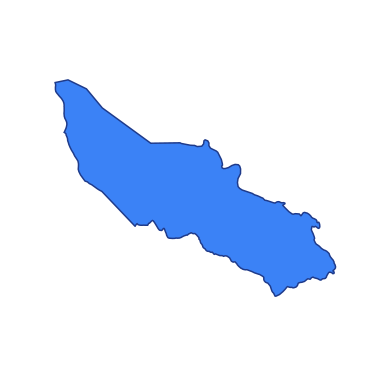 the district of Escap, Micoud, Saint Lucia, rotated 11°
{"feature_id": "8701671B28478396095564", "entity_name": "Escap", "entity_type": "district", "adm_level": 2, "iso_a3": "LCA", "parent_name": "Saint Lucia", "parent_adm1": "Micoud", "projection": "natural_earth1", "projection_center": [-60.899, 13.831], "detail": "fine", "context": "isolated", "style": "filled", "palette": "blue", "viewbox_px": 384, "rotation_deg": 11, "n_neighbors": 0, "source": "geoboundaries", "source_scale": "gbopen_adm2", "svg_char_len": 5831}
<svg xmlns="http://www.w3.org/2000/svg" viewBox="0 0 384 384"><g transform="rotate(11 192 192)"><path d="M142.7,236.4L142.8,235.9L143.5,234.5L143.7,234.0L144.2,233.6L145.4,234.4L147.3,234.5L149.3,234.2L150.7,233.8L152.2,233.6L154.8,233.1L155.4,231.1L156.2,230.7L157.3,229.1L157.6,228.5L158.6,227.5L159.6,227.8L161.3,229.4L164.3,232.7L165.6,234.2L166.8,235.3L167.6,235.7L169.2,235.6L169.6,235.5L170.3,234.6L170.8,233.4L171.4,233.1L172.0,233.5L172.9,235.1L173.2,235.6L174.1,237.0L174.6,237.6L175.4,239.4L177.0,241.3L178.4,241.7L181.8,241.3L183.5,240.9L184.2,240.7L185.1,240.2L186.1,240.2L188.5,239.6L190.3,238.5L190.6,238.1L191.3,237.6L192.1,236.9L192.9,236.4L194.9,235.3L195.3,235.2L195.7,235.2L196.7,233.8L197.7,233.2L198.8,232.2L199.4,232.2L200.1,232.6L201.5,232.6L202.7,232.2L204.6,233.2L206.2,234.5L207.4,235.4L207.7,236.3L207.7,236.8L209.1,237.9L209.7,239.4L210.5,240.6L211.7,241.5L212.8,243.0L213.0,243.7L214.0,244.6L215.8,245.4L216.3,246.0L217.4,246.9L218.7,247.2L220.6,247.0L221.0,247.4L222.0,247.6L223.6,247.3L225.2,248.7L225.9,248.9L226.8,248.3L230.3,248.9L231.1,249.1L232.9,248.9L233.4,248.7L234.0,248.7L235.2,249.1L235.8,248.8L236.7,248.3L238.0,248.2L239.0,248.4L241.5,249.5L243.9,252.4L244.8,252.7L245.8,253.0L246.5,252.6L247.7,252.4L250.0,254.2L250.3,254.7L252.0,256.0L254.6,257.5L255.5,257.6L256.1,258.0L257.6,258.2L259.1,258.2L260.7,257.8L262.1,258.0L266.2,258.7L268.7,259.4L273.2,260.0L274.0,260.0L277.6,261.3L278.7,262.0L279.0,263.3L279.2,264.2L279.8,265.3L281.3,266.5L283.0,266.9L283.7,266.9L286.4,269.1L287.1,269.9L287.3,270.4L288.5,272.5L289.3,273.9L290.3,275.0L291.4,275.7L293.0,277.9L293.5,278.4L294.5,278.1L297.5,275.9L300.3,272.4L302.0,269.7L303.3,267.2L303.9,266.6L305.8,266.9L307.3,266.8L308.2,266.5L309.2,266.8L310.2,266.6L312.2,265.5L313.2,264.0L313.5,262.9L313.6,261.5L313.9,261.0L315.8,260.0L317.0,259.7L319.5,258.3L320.9,256.6L321.9,255.4L322.4,255.1L324.5,255.1L324.9,254.8L325.5,253.5L326.5,252.7L327.3,252.5L328.3,252.9L331.7,253.1L334.3,253.9L335.1,253.9L335.8,253.5L336.4,252.6L336.9,252.2L337.9,252.0L338.6,251.7L339.4,251.3L340.0,250.2L340.2,249.8L340.2,248.8L340.9,246.8L341.1,246.1L341.5,245.2L342.1,244.5L343.5,244.4L344.9,244.7L345.8,245.3L346.2,245.2L346.8,244.9L347.0,244.3L346.6,243.3L345.6,242.8L345.5,242.4L345.5,242.1L346.3,241.3L346.8,240.4L347.3,239.2L347.1,237.7L346.2,236.0L345.2,234.9L344.7,233.5L343.5,231.9L342.2,230.9L340.2,229.2L339.0,227.6L338.5,226.5L337.7,225.8L335.6,224.5L334.2,224.0L332.3,223.7L329.9,222.7L327.3,220.9L325.1,219.9L324.1,219.6L322.8,218.4L321.5,216.6L320.9,215.6L321.1,214.5L321.2,214.1L320.6,212.8L318.9,209.9L316.7,206.9L316.3,206.1L316.3,203.5L316.5,202.9L317.5,202.9L318.4,203.1L319.7,202.2L320.7,202.5L322.6,203.5L323.3,203.5L323.9,202.9L324.1,201.8L323.6,199.8L323.0,198.5L322.3,197.6L321.7,197.6L321.2,197.9L321.0,198.1L320.4,197.7L320.0,196.5L319.4,195.8L318.8,195.4L316.8,194.8L315.8,194.7L314.4,194.1L312.8,192.6L311.2,191.6L309.8,191.0L308.9,190.7L307.5,190.7L306.7,190.5L306.0,190.7L305.1,191.3L304.1,193.4L303.7,194.3L303.4,194.5L301.5,193.1L299.6,193.3L297.4,193.6L295.5,194.5L294.4,194.4L291.0,192.9L289.5,191.9L286.0,189.5L283.7,187.8L283.8,187.4L285.4,185.9L285.4,185.3L284.5,185.0L283.7,185.0L282.6,185.4L281.2,185.4L279.8,185.0L278.6,185.0L277.3,185.5L275.6,187.0L273.9,187.0L268.7,186.3L266.5,186.1L265.2,186.2L264.2,185.6L262.7,184.5L261.1,184.2L258.8,183.6L257.0,183.2L253.8,182.8L251.5,181.9L242.6,180.7L241.0,180.5L238.1,179.4L236.2,177.9L234.8,174.1L234.6,170.1L236.1,164.7L235.3,160.1L233.9,157.5L232.2,156.4L229.0,156.7L226.1,158.4L223.1,161.1L220.2,162.6L218.4,163.0L217.0,162.6L216.2,160.9L216.8,159.8L216.4,158.4L214.6,154.5L209.7,148.1L207.9,147.1L203.7,146.0L201.7,145.4L199.7,143.2L199.3,140.7L197.7,138.8L194.9,138.3L194.0,139.4L194.2,142.6L192.8,145.2L188.4,146.4L185.7,145.8L181.5,146.4L172.2,146.4L170.9,146.0L142.2,152.0L87.9,126.6L68.7,110.9L48.9,105.6L36.7,110.7L36.7,110.9L36.8,111.0L37.1,111.4L37.3,111.9L37.4,112.0L37.5,112.4L37.6,112.6L37.7,112.9L37.8,113.5L37.9,114.1L37.9,114.7L37.9,114.9L37.9,115.1L38.0,115.3L38.0,115.5L38.1,115.9L38.1,116.1L38.2,116.3L38.2,116.5L38.3,116.9L38.4,117.5L38.6,118.0L38.8,118.6L38.9,118.8L39.1,119.3L39.4,119.6L39.5,119.8L39.8,120.0L40.0,120.3L40.3,120.6L40.6,120.8L41.0,121.2L41.3,121.4L41.7,121.7L41.9,121.9L42.1,122.1L42.5,122.4L42.8,122.6L42.9,122.8L43.9,123.5L44.2,123.7L44.6,124.1L44.8,124.2L44.9,124.3L45.2,124.5L45.5,124.7L45.9,125.1L46.5,125.6L46.8,125.9L46.9,126.0L47.6,126.8L47.8,127.0L48.1,127.3L48.3,127.6L48.4,127.8L48.5,127.9L48.6,128.1L48.8,128.4L48.9,128.6L49.1,128.9L49.3,129.3L49.4,129.7L49.7,130.4L49.9,131.2L50.0,131.6L50.1,132.2L50.1,132.5L50.4,133.4L50.5,134.0L50.6,134.6L50.7,134.9L50.8,135.4L50.8,135.6L50.9,136.0L51.0,136.4L51.0,136.6L51.1,136.8L51.1,137.2L51.2,137.7L51.2,137.9L51.3,138.7L51.4,139.0L51.4,139.4L51.5,139.5L51.5,139.8L51.7,140.3L51.8,140.7L51.8,140.8L51.9,141.0L52.0,141.4L52.1,141.8L52.3,142.2L52.3,142.4L52.5,142.7L52.6,142.9L52.7,143.0L52.9,143.5L53.0,143.7L53.2,144.0L53.3,144.1L53.6,144.5L54.0,145.0L54.4,145.5L54.5,145.6L54.6,145.8L54.8,146.1L55.0,146.4L55.3,146.7L55.3,146.9L55.6,147.4L55.8,147.8L56.0,148.3L56.0,148.5L56.1,148.9L56.2,149.3L56.3,149.5L56.3,149.8L56.3,150.0L56.3,150.4L56.3,150.9L56.3,151.2L56.3,151.4L56.3,151.6L56.3,151.8L56.3,152.4L56.2,152.6L56.2,152.9L56.2,153.0L56.2,153.3L56.1,153.9L56.0,154.1L55.9,154.5L55.7,155.4L55.6,155.8L55.6,156.2L55.5,156.5L55.4,156.8L55.4,157.0L55.3,157.4L55.2,157.6L55.1,157.8L56.0,158.2L57.2,159.0L57.6,160.2L58.8,161.9L59.6,163.3L60.2,165.4L61.2,167.1L62.1,168.9L63.7,171.3L65.6,173.8L68.1,176.5L70.0,179.1L72.8,181.9L74.2,183.5L75.2,186.0L75.6,188.2L76.0,191.4L77.1,193.6L79.3,196.5L82.6,199.6L84.9,201.7L87.4,202.0L89.6,203.3L92.2,204.0L95.2,205.4L98.4,206.9L100.7,207.8L103.4,208.6L142.5,236.4L142.7,236.4Z" fill="#3b82f6" stroke="#1e3a8a" stroke-width="1.5"/></g></svg>